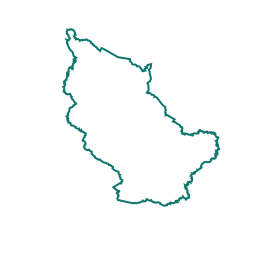 Ocú, Herrera, Panama (Equal Earth projection), rotated 112°
{"feature_id": "35544464B32201522330751", "entity_name": "Ocú", "entity_type": "district", "adm_level": 2, "iso_a3": "PAN", "parent_name": "Panama", "parent_adm1": "Herrera", "projection": "equal_earth", "projection_center": [-80.813, 7.919], "detail": "fine", "context": "isolated", "style": "outline", "palette": "teal", "viewbox_px": 256, "rotation_deg": 112, "n_neighbors": 0, "source": "geoboundaries", "source_scale": "gbopen_adm2", "svg_char_len": 5798}
<svg xmlns="http://www.w3.org/2000/svg" viewBox="0 0 256 256"><g transform="rotate(112 128 128)"><path d="M108.5,39.5L108.2,40.5L107.0,40.6L106.9,41.7L105.5,40.8L103.0,40.7L102.9,41.2L103.3,42.5L101.4,45.1L100.6,44.9L100.1,46.5L101.0,46.8L100.4,47.3L100.7,49.0L101.7,48.8L101.3,50.7L102.8,52.1L101.7,53.1L102.3,53.5L102.5,54.8L103.7,55.2L104.0,56.1L103.0,57.7L103.5,58.3L103.4,59.4L102.9,60.4L103.3,60.9L104.0,60.4L105.0,61.5L105.6,60.8L106.7,60.7L108.4,65.0L109.7,65.8L110.4,65.1L110.8,65.2L110.9,65.8L110.6,66.9L110.2,66.7L110.1,67.1L111.0,67.6L111.5,69.6L111.2,71.2L111.9,73.3L112.4,72.6L112.7,72.7L113.0,75.7L111.4,76.4L111.3,77.2L110.1,76.7L109.4,77.6L107.9,77.4L107.0,78.2L107.0,78.8L107.3,79.1L107.1,80.0L106.4,80.3L106.0,81.1L105.5,84.8L104.9,86.2L105.2,88.7L102.6,88.0L101.3,96.8L102.0,97.7L101.5,97.7L100.8,98.7L99.9,98.6L99.3,99.6L98.0,99.5L96.7,99.9L96.2,100.7L94.6,101.3L93.7,104.6L88.9,112.7L88.9,114.5L89.4,115.3L88.4,115.7L87.8,116.6L88.3,118.2L87.5,120.1L87.6,121.8L88.4,122.5L88.2,123.7L85.8,123.1L84.4,123.4L81.0,125.0L79.1,126.8L76.4,125.2L74.1,125.1L72.7,125.7L69.5,128.3L67.6,128.9L66.5,130.4L63.6,129.5L60.1,130.5L62.2,133.3L62.6,133.1L63.0,133.4L64.1,133.5L64.5,134.1L64.8,133.0L65.2,132.9L65.7,134.0L66.3,133.9L67.0,134.7L67.9,134.7L68.4,133.6L69.8,135.6L69.5,135.9L69.6,136.3L69.1,136.5L66.7,140.5L67.0,142.1L67.5,142.7L66.7,143.7L66.4,144.8L67.3,147.3L67.1,148.1L66.2,149.0L65.1,151.5L63.4,151.9L66.1,163.8L63.7,181.8L64.1,182.5L67.1,182.6L65.9,186.1L65.0,187.3L64.6,189.8L64.0,190.2L64.1,191.6L63.2,192.2L63.0,194.2L62.1,194.3L61.6,196.8L61.9,197.7L61.4,199.6L62.3,200.5L63.0,202.5L63.8,203.0L63.7,204.0L64.5,205.1L65.1,205.3L64.6,205.9L64.2,207.6L65.3,209.4L64.2,209.9L64.4,211.1L63.4,211.7L63.0,212.5L61.4,212.5L61.2,211.9L60.8,212.6L59.6,212.8L58.1,214.4L58.0,215.3L57.5,215.8L57.9,217.1L57.7,218.1L58.6,218.8L59.5,220.5L59.5,221.0L60.4,220.7L61.7,220.9L63.0,219.7L63.5,220.0L64.4,217.8L65.5,217.4L66.6,215.4L69.0,216.0L69.2,218.0L70.0,216.9L72.4,216.3L72.7,215.3L73.8,214.8L76.2,212.2L77.8,209.7L78.1,208.1L81.5,205.4L82.0,203.8L82.2,202.3L82.5,202.4L83.0,203.5L83.8,203.4L84.5,203.9L84.7,202.3L85.9,203.1L85.6,201.6L85.8,201.4L86.5,201.6L86.9,202.9L88.2,202.5L89.3,203.1L90.0,202.4L91.6,203.0L93.0,201.6L94.2,201.4L94.2,202.1L93.6,203.1L93.0,203.4L93.7,204.9L96.6,205.0L97.7,204.1L98.4,204.4L99.3,203.7L99.5,205.1L101.4,204.5L101.1,203.3L101.8,202.9L102.8,203.8L103.8,203.4L105.5,203.6L106.4,203.0L107.4,204.1L108.5,203.7L109.0,204.7L110.0,203.7L110.7,203.8L110.6,202.8L110.9,202.5L112.6,202.5L114.1,203.4L114.4,202.4L115.4,201.8L116.5,201.8L117.3,200.9L118.1,201.4L118.6,200.5L118.6,199.4L119.0,199.3L119.3,198.2L119.7,197.9L119.3,197.3L119.4,196.7L119.1,196.0L118.4,195.3L118.2,194.4L118.5,194.3L118.8,193.5L120.0,192.8L120.2,191.8L121.6,191.5L122.7,189.0L124.3,187.0L124.6,185.6L125.0,185.1L127.8,187.3L128.8,187.1L130.5,188.5L131.0,189.4L132.0,189.6L134.2,188.7L137.7,189.2L138.5,188.2L139.8,188.6L140.3,189.2L141.1,187.3L141.5,186.9L142.0,186.9L142.4,187.7L142.8,187.5L143.3,186.4L143.9,186.6L144.1,186.0L144.6,185.9L144.7,185.2L145.4,185.0L145.0,183.1L146.7,182.1L146.7,180.5L146.2,179.2L146.8,178.1L146.6,176.9L147.5,176.5L147.6,175.3L147.5,174.3L146.8,173.2L147.1,172.8L148.3,172.5L148.2,171.6L148.6,170.5L147.6,170.4L148.5,169.5L148.4,167.3L148.8,166.7L148.9,165.0L150.6,164.6L151.3,165.3L152.6,164.7L153.2,165.2L156.5,165.4L156.9,164.7L156.7,163.3L157.7,161.8L159.4,161.2L159.9,161.9L161.3,161.5L162.1,161.8L163.7,159.6L163.8,158.5L163.4,157.8L163.6,157.1L162.6,155.9L163.1,155.4L163.8,152.4L165.5,152.2L166.4,149.8L166.9,149.3L166.9,147.9L167.8,147.6L168.0,146.9L168.1,145.2L168.6,144.1L168.1,143.6L168.2,142.8L167.7,142.1L168.5,140.7L169.0,137.9L168.6,132.9L169.5,131.9L168.8,130.5L169.5,129.1L169.6,127.5L170.3,127.0L171.2,127.2L172.3,124.7L172.1,120.4L173.9,119.6L174.4,117.8L175.1,118.1L176.0,117.8L176.7,116.4L177.4,116.4L178.2,115.9L178.4,113.8L179.8,113.2L180.6,114.0L182.0,113.5L182.4,115.0L188.5,119.4L189.1,118.1L189.2,116.8L190.1,114.9L189.6,112.8L189.8,112.4L191.2,112.8L191.7,113.7L192.4,114.0L194.2,111.4L194.9,111.8L195.3,111.3L197.2,111.6L198.5,110.4L196.0,95.6L194.7,93.3L194.7,92.0L193.1,90.2L193.0,89.3L191.5,88.3L190.5,86.6L189.8,86.8L190.0,85.7L189.4,84.4L188.7,84.0L187.3,84.3L187.0,83.9L186.9,82.9L187.4,81.6L187.0,80.0L186.2,79.4L187.0,78.5L187.2,77.5L186.8,76.4L187.3,75.6L185.5,71.9L185.5,70.1L186.3,69.8L186.3,68.6L186.7,67.1L186.4,65.0L185.9,64.6L185.2,63.0L184.4,63.3L183.3,62.4L182.8,61.7L182.7,60.5L181.9,61.1L181.2,60.4L180.9,59.9L181.1,59.5L180.8,57.7L179.1,56.2L178.4,54.7L177.9,56.1L177.6,56.3L176.1,53.6L174.5,53.9L173.7,53.5L173.8,53.0L173.4,52.4L172.8,52.6L171.8,51.2L170.9,51.3L171.7,50.2L171.9,48.2L172.7,47.7L172.5,47.2L171.7,47.7L169.9,45.4L169.4,46.1L168.6,45.7L167.0,46.4L166.8,46.8L167.1,47.4L166.1,48.0L165.6,49.0L163.6,49.4L163.3,50.2L162.2,50.8L162.5,51.8L161.3,51.7L161.1,52.3L161.3,53.1L160.5,53.1L159.6,53.8L159.7,53.0L158.9,52.2L158.8,51.5L158.1,52.0L157.6,51.2L156.9,52.1L156.2,51.5L155.5,51.9L155.0,50.9L155.1,49.7L154.4,50.2L153.5,48.9L151.9,49.1L151.3,49.9L151.1,49.5L150.4,49.8L149.3,50.8L149.0,52.0L147.5,51.8L146.1,50.3L145.8,51.0L145.5,49.9L145.1,50.3L144.3,50.1L144.2,49.1L143.4,49.3L142.5,48.3L141.5,47.8L141.0,48.0L141.1,47.6L139.9,47.0L139.3,46.1L138.2,45.9L137.4,45.0L136.6,45.3L136.1,46.0L133.3,45.9L132.6,44.9L131.6,44.8L130.6,43.9L129.9,42.3L129.9,41.0L128.9,39.5L127.9,38.9L126.4,39.3L126.2,38.8L125.5,39.1L124.7,38.7L124.6,37.9L124.1,37.2L124.3,36.4L123.0,35.6L122.4,35.4L121.2,36.6L120.3,35.7L119.7,36.1L119.5,37.0L118.5,35.6L118.1,37.0L117.6,37.2L117.1,36.5L116.5,37.8L116.0,38.1L115.2,36.5L114.0,36.6L113.8,35.8L114.2,35.2L113.1,35.8L112.7,36.9L111.5,37.3L111.1,38.2L111.4,38.9L111.0,39.7L110.1,39.9L109.6,38.6L108.5,39.5Z" fill="none" stroke="#0f766e" stroke-width="2"/></g></svg>